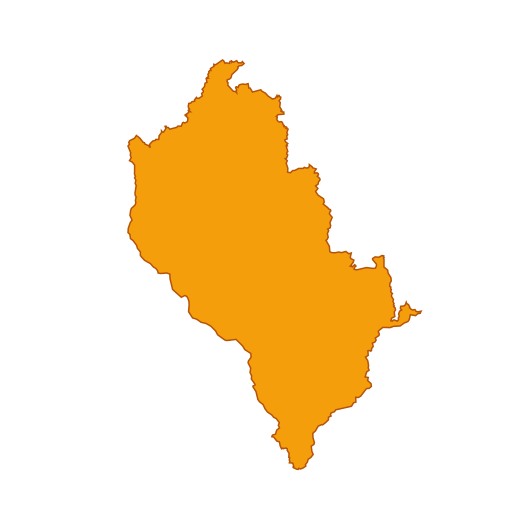 outline of Victoria, Caldas, Colombia, rotated 306°
{"feature_id": "7082276B78337286382012", "entity_name": "Victoria", "entity_type": "district", "adm_level": 2, "iso_a3": "COL", "parent_name": "Colombia", "parent_adm1": "Caldas", "projection": "mercator", "projection_center": [-74.809, 5.451], "detail": "fine", "context": "isolated", "style": "filled", "palette": "amber", "viewbox_px": 512, "rotation_deg": 306, "n_neighbors": 0, "source": "geoboundaries", "source_scale": "gbopen_adm2", "svg_char_len": 6145}
<svg xmlns="http://www.w3.org/2000/svg" viewBox="0 0 512 512"><g transform="rotate(306 256 256)"><path d="M283.2,88.4L279.8,88.5L275.0,86.0L273.0,86.3L272.2,87.9L269.7,87.8L265.9,93.9L263.7,95.0L262.3,97.2L258.8,97.6L259.2,100.8L258.2,104.4L250.7,109.7L249.5,111.7L247.9,111.8L246.7,114.3L243.8,115.5L242.5,117.7L235.8,121.1L234.0,122.7L233.5,124.2L229.9,125.9L228.5,127.5L226.1,128.2L221.2,127.2L219.2,127.8L214.8,130.1L212.2,134.6L208.9,134.7L203.3,136.4L199.7,138.7L199.3,141.3L196.3,144.2L196.2,147.6L194.4,153.2L192.5,155.6L191.3,160.1L188.5,162.1L187.9,163.8L187.0,168.5L187.8,175.0L186.8,179.5L187.1,182.0L186.4,184.7L184.7,186.9L185.9,189.3L189.8,193.8L190.7,196.9L186.9,200.0L179.9,208.2L178.7,219.8L182.2,221.7L182.6,223.7L181.8,225.7L180.0,228.3L177.2,230.6L171.3,234.2L168.6,241.1L170.0,245.1L170.1,250.6L172.0,255.0L172.7,260.7L171.6,267.5L169.7,271.2L169.7,280.1L170.4,282.0L176.8,288.9L175.4,298.0L173.7,301.9L174.1,309.1L171.2,311.5L166.5,311.6L164.9,312.4L162.2,317.6L158.3,319.6L156.4,323.0L153.8,324.5L151.6,330.7L150.7,331.0L149.1,330.0L148.4,330.4L146.3,335.7L141.0,341.9L140.1,344.5L140.0,349.0L137.6,353.3L136.5,357.0L136.7,362.1L135.9,365.2L136.4,367.9L134.9,372.8L132.1,373.6L130.8,376.0L127.2,375.1L123.3,376.5L120.8,374.6L119.1,375.0L119.9,376.7L118.5,381.8L119.4,384.1L116.5,387.3L115.0,390.0L116.3,390.6L116.1,391.3L118.2,393.0L118.5,394.5L117.1,395.5L115.8,398.7L112.4,400.9L112.7,401.7L110.5,402.8L109.9,404.0L108.3,404.5L110.0,407.5L107.9,410.3L107.0,410.0L106.7,410.6L107.5,414.4L108.2,415.6L109.5,415.5L109.7,417.0L111.7,418.5L115.3,419.8L116.3,418.6L119.4,418.7L122.2,417.7L125.3,418.8L129.1,418.9L130.8,416.0L134.6,412.5L137.6,413.6L139.3,413.0L142.3,409.1L145.9,406.2L149.5,406.9L154.9,406.3L158.0,408.1L158.6,409.2L162.1,410.2L166.0,410.9L168.2,409.4L170.7,410.8L171.3,409.6L173.1,409.0L176.2,411.0L178.4,410.9L190.6,421.6L194.6,421.2L196.5,422.7L200.3,419.7L201.7,422.0L204.3,423.1L213.7,423.3L215.3,425.3L218.3,426.0L220.3,424.2L220.9,419.5L223.7,418.2L222.3,415.4L227.1,413.7L230.1,414.6L231.5,412.5L233.6,411.4L237.0,407.9L238.6,404.0L241.5,405.2L245.2,402.2L246.1,403.2L246.5,404.8L247.4,405.0L249.1,403.9L251.7,404.0L253.9,401.4L256.3,402.8L258.6,402.6L259.7,400.7L263.9,402.2L265.5,401.5L266.6,399.4L268.1,399.3L272.8,400.6L276.9,406.6L280.0,408.7L284.1,413.7L288.9,415.3L292.2,417.4L294.5,417.4L299.2,415.4L301.5,420.1L304.6,420.9L306.1,422.5L308.4,422.0L306.1,420.0L305.3,418.1L306.1,416.1L304.3,414.3L304.1,412.9L304.4,410.6L305.0,410.5L306.3,407.9L306.1,406.0L306.9,404.7L304.4,405.5L302.6,405.1L300.3,402.6L298.5,403.6L297.9,405.6L296.4,404.7L294.6,404.9L292.8,405.5L291.5,407.4L289.6,407.5L288.3,408.7L286.3,408.6L285.7,405.8L284.8,404.7L283.5,404.6L282.8,403.1L285.5,402.3L288.6,403.9L292.0,400.7L294.4,400.6L295.8,399.0L296.0,397.2L296.9,397.2L297.3,395.9L298.6,395.7L299.6,393.6L301.6,392.8L302.9,389.5L304.4,388.4L305.8,388.5L306.2,386.0L308.5,385.1L308.6,384.2L310.2,383.3L310.0,382.2L312.2,380.5L315.3,380.1L317.8,377.9L319.8,373.0L322.0,370.7L322.3,366.0L328.7,361.4L329.0,360.6L330.3,360.4L330.3,359.3L331.2,359.1L330.4,357.6L327.2,356.1L325.3,352.9L322.5,351.8L321.6,352.5L320.2,358.1L319.4,359.0L316.5,359.8L314.9,358.2L311.5,352.1L304.1,345.7L302.9,343.2L304.5,342.4L306.6,342.8L307.0,341.0L303.7,340.2L304.1,339.2L303.3,338.2L307.9,338.4L310.2,337.6L309.7,334.4L310.2,333.1L314.4,331.3L312.4,329.8L312.5,326.0L309.0,323.2L307.9,320.7L304.8,317.7L303.1,315.0L302.9,313.2L307.0,309.6L309.8,303.4L311.0,303.8L313.6,303.4L316.2,300.5L319.1,300.0L319.9,298.2L322.2,299.4L324.4,298.6L326.3,296.3L332.1,294.9L333.1,290.9L334.3,290.0L336.5,290.0L337.2,288.9L336.8,287.0L337.3,285.8L337.5,279.9L339.8,279.5L342.0,277.0L341.7,270.5L343.2,266.3L347.0,266.4L347.7,263.0L350.6,264.0L352.7,263.0L355.2,263.1L356.3,261.8L356.5,258.7L358.4,258.8L359.2,258.0L359.2,256.5L357.4,254.5L358.6,253.7L361.8,253.6L360.6,249.8L361.2,248.9L361.3,245.4L359.9,246.4L358.1,246.5L356.5,244.6L356.1,243.0L354.5,242.6L352.0,239.1L348.2,237.2L346.6,235.4L343.6,234.9L342.4,232.3L345.7,230.2L348.8,225.9L351.5,225.3L352.0,222.4L353.2,223.2L356.4,222.3L356.7,220.8L358.2,220.1L359.1,220.4L362.7,215.8L363.5,216.6L364.0,215.5L365.6,215.7L365.8,212.6L366.5,211.4L367.3,211.1L369.0,212.4L371.3,210.2L372.7,210.4L374.1,208.3L377.5,207.4L376.9,205.4L377.9,205.6L378.2,204.5L377.1,202.6L378.2,202.1L377.9,201.3L379.6,198.7L379.5,197.3L378.1,196.3L378.0,194.1L378.6,192.7L380.9,191.6L380.6,190.4L383.2,190.7L387.2,195.2L388.8,193.8L388.0,192.6L388.8,191.5L388.0,191.0L389.5,190.3L390.6,187.5L394.3,185.5L395.2,183.4L397.6,183.6L399.1,182.6L398.5,180.7L400.0,180.3L397.3,179.8L398.2,178.6L394.9,178.9L392.7,177.1L392.5,171.7L393.3,167.8L392.8,163.9L393.3,162.2L386.6,156.8L388.4,152.5L387.7,151.5L390.8,148.3L388.4,146.4L387.6,144.5L385.4,142.4L383.9,141.8L381.8,142.5L381.5,140.7L380.9,140.4L380.2,140.5L379.0,142.8L378.1,142.8L376.7,144.3L377.0,142.8L375.9,140.7L377.6,132.8L379.8,131.5L380.0,130.1L381.7,129.2L383.6,130.6L385.5,131.0L388.6,129.8L395.6,131.2L397.7,131.0L398.1,130.1L400.1,130.7L401.7,132.5L404.7,133.3L405.3,130.7L403.9,130.7L403.0,129.8L401.8,127.8L402.7,125.6L399.7,124.0L399.4,122.4L398.6,122.5L399.4,121.4L398.0,120.6L396.3,121.4L394.7,118.3L393.7,117.7L395.0,114.8L394.9,113.7L386.9,110.9L386.3,109.2L384.7,110.5L380.9,109.0L379.6,110.5L379.1,109.6L377.4,109.4L376.7,110.2L374.7,110.3L373.3,112.0L371.6,111.5L371.7,112.7L370.3,111.4L367.6,114.3L365.9,113.2L362.7,114.8L359.2,114.4L358.8,116.2L357.8,116.9L355.5,116.5L353.9,118.5L350.3,117.3L348.9,115.7L349.3,114.6L346.2,114.5L345.2,115.4L343.2,113.5L341.2,113.3L340.0,111.9L337.4,113.1L336.0,114.5L335.8,115.9L334.1,115.6L334.1,118.1L333.0,116.7L331.8,117.0L328.4,115.7L328.0,116.3L328.9,117.2L327.9,117.7L327.7,119.8L324.3,121.6L321.8,120.2L321.5,118.8L320.7,118.3L317.0,119.2L315.3,116.5L313.4,116.2L307.9,111.6L308.4,109.6L307.6,108.2L308.2,106.8L307.4,106.2L306.4,108.1L301.9,108.4L301.3,107.4L301.7,106.0L300.4,107.0L296.4,106.9L293.1,108.8L291.4,106.4L290.4,106.6L288.5,105.0L284.9,104.3L283.4,104.5L281.5,106.9L282.1,103.9L281.3,100.4L282.1,99.2L281.6,98.1L283.1,92.6L283.2,88.4Z" fill="#f59e0b" stroke="#b45309" stroke-width="1.5"/></g></svg>